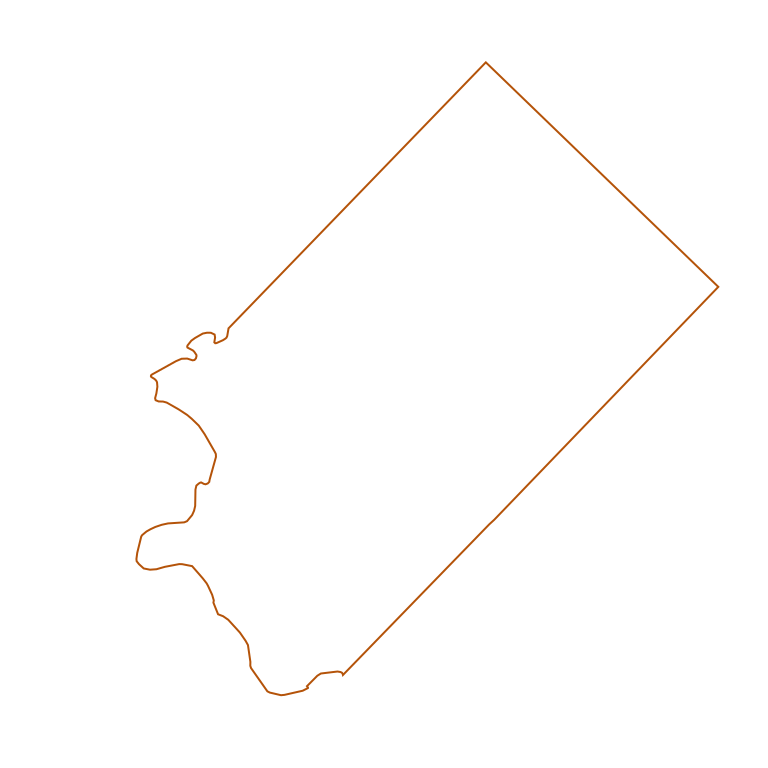 outline of Clay, Texas, United States of America, rotated 224°
{"feature_id": "52423323B2844770292718", "entity_name": "Clay", "entity_type": "district", "adm_level": 2, "iso_a3": "USA", "parent_name": "United States of America", "parent_adm1": "Texas", "projection": "orthographic", "projection_center": [-98.12, 33.812], "detail": "fine", "context": "isolated", "style": "outline", "palette": "amber", "viewbox_px": 768, "rotation_deg": 224, "n_neighbors": 0, "source": "geoboundaries", "source_scale": "gbopen_adm2", "svg_char_len": 1591}
<svg xmlns="http://www.w3.org/2000/svg" viewBox="0 0 768 768"><g transform="rotate(224 384 384)"><path d="M211.0,686.1L534.2,686.1L534.5,316.0L534.4,315.9L530.1,309.6L529.5,307.9L529.6,306.5L530.3,303.6L532.9,297.1L533.7,296.1L535.0,296.1L537.8,300.1L540.2,301.9L544.1,300.6L546.9,298.0L549.4,294.4L551.9,285.8L552.7,281.3L552.1,275.2L551.4,274.0L550.6,273.7L544.8,275.4L543.0,275.4L539.2,274.6L538.3,273.9L537.1,271.8L537.0,269.6L538.1,268.1L543.2,265.6L547.1,261.6L549.5,255.9L557.5,229.7L557.6,228.4L557.1,227.7L556.3,227.4L552.6,228.2L550.3,228.2L548.5,227.6L545.1,224.6L541.2,219.1L538.8,214.8L537.0,213.7L534.0,214.9L530.7,217.9L527.4,219.7L514.1,223.1L504.1,225.0L498.1,225.4L488.4,225.4L478.2,223.3L458.1,217.5L456.3,216.8L454.2,214.8L443.0,194.1L441.7,192.2L441.7,190.0L442.7,187.9L444.2,187.0L447.1,186.2L447.6,185.5L448.1,183.8L448.4,180.6L446.3,177.1L435.1,165.1L432.6,160.9L431.0,156.5L430.4,148.5L431.6,145.7L442.5,133.7L446.1,128.3L449.2,122.3L451.1,117.3L452.4,112.9L453.0,107.4L452.7,105.7L444.2,91.1L440.5,86.1L438.8,84.7L435.1,84.2L428.7,84.4L423.3,87.9L419.0,92.7L417.4,95.5L414.6,100.3L406.2,112.2L404.0,114.2L395.5,119.7L379.3,118.3L373.1,117.4L370.5,116.6L361.2,113.0L356.1,110.1L354.8,108.2L343.4,103.1L338.4,105.2L332.2,106.2L315.0,105.1L305.1,103.1L300.5,101.7L287.1,91.3L284.4,88.4L282.3,87.3L254.4,81.9L251.8,82.7L241.9,88.6L239.6,91.3L229.4,106.9L227.5,112.4L227.8,112.8L229.5,113.1L229.3,127.8L228.3,131.9L217.7,144.9L215.2,146.6L213.6,147.1L212.0,146.6L211.4,146.2L210.8,356.1L210.4,362.8L211.0,686.1Z" fill="none" stroke="#b45309" stroke-width="2"/></g></svg>